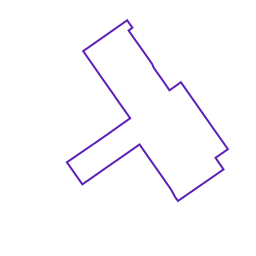 the district of Tulsa, Oklahoma, United States of America, rotated 325°
{"feature_id": "52423323B7804302532987", "entity_name": "Tulsa", "entity_type": "district", "adm_level": 2, "iso_a3": "USA", "parent_name": "United States of America", "parent_adm1": "Oklahoma", "projection": "robinson", "projection_center": [-95.925, 36.14], "detail": "fine", "context": "isolated", "style": "outline", "palette": "violet", "viewbox_px": 256, "rotation_deg": 325, "n_neighbors": 0, "source": "geoboundaries", "source_scale": "gbopen_adm2", "svg_char_len": 829}
<svg xmlns="http://www.w3.org/2000/svg" viewBox="0 0 256 256"><g transform="rotate(325 128 128)"><path d="M182.5,216.7L182.6,202.6L197.6,202.7L197.7,200.1L197.6,175.3L197.6,173.7L197.6,166.2L197.6,161.7L197.6,157.2L197.6,143.5L197.6,139.1L197.6,134.5L197.6,130.0L197.6,120.8L192.9,120.9L189.1,120.9L183.6,120.9L183.7,113.0L183.7,101.6L183.6,93.7L184.5,89.2L184.5,71.1L184.4,62.0L184.4,48.5L189.1,48.4L189.1,39.3L184.3,39.3L165.8,39.3L156.4,39.3L135.4,39.3L135.3,75.6L135.4,93.6L135.3,95.3L135.3,96.0L135.3,103.2L135.4,121.3L130.5,121.3L124.3,121.3L112.1,121.4L99.0,121.4L95.7,121.4L66.0,121.1L58.3,121.0L58.3,148.0L89.9,148.0L109.4,148.1L116.4,148.1L128.0,148.1L128.0,157.2L128.0,161.7L128.0,175.3L128.0,189.0L128.0,202.6L127.0,211.9L127.1,216.4L159.5,216.6L182.5,216.7Z" fill="none" stroke="#5b21b6" stroke-width="2"/></g></svg>